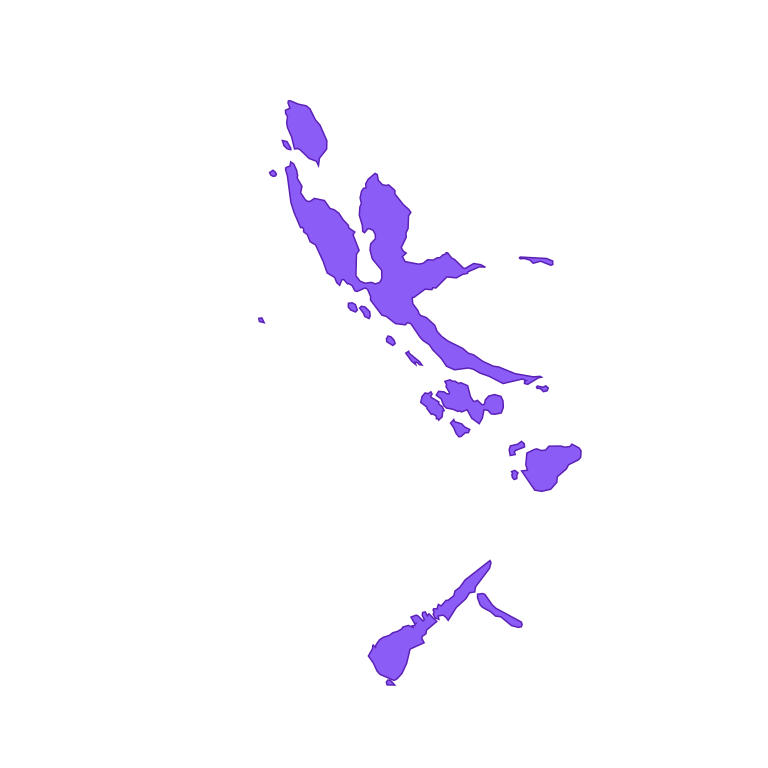 an SVG outline of Maluku Utara, rotated 316°
{"feature_id": "IDN-538", "entity_name": "Maluku Utara", "entity_type": "Province", "adm_level": 1, "iso_a3": "IDN", "parent_name": "Indonesia", "parent_adm1": "", "projection": "equal_earth", "projection_center": [127.364, 0.08], "detail": "fine", "context": "isolated", "style": "filled", "palette": "violet", "viewbox_px": 768, "rotation_deg": 316, "n_neighbors": 0, "source": "natural_earth", "source_scale": "10m", "svg_char_len": 6179}
<svg xmlns="http://www.w3.org/2000/svg" viewBox="0 0 768 768"><g transform="rotate(316 384 384)"><path d="M441.3,414.6L442.9,405.5L442.8,393.3L443.9,387.4L442.3,379.8L442.4,375.3L445.2,359.4L443.7,356.2L440.4,356.2L434.2,348.5L432.6,337.0L430.3,333.1L432.6,314.2L435.1,311.9L438.0,304.4L437.0,301.7L428.8,298.7L427.8,296.7L429.4,291.0L428.2,287.0L427.3,286.7L427.6,280.9L426.0,279.7L420.7,282.2L420.4,278.3L422.5,273.1L420.3,264.6L425.4,253.5L431.4,236.4L429.7,230.4L432.6,223.2L431.9,218.7L434.0,216.5L433.8,214.3L432.6,213.5L438.4,198.3L443.1,188.8L459.0,167.3L462.3,161.1L463.9,160.2L467.8,161.9L471.2,159.4L471.9,163.0L469.7,169.4L466.5,174.3L464.7,175.3L462.3,184.8L456.9,188.5L455.4,196.6L455.8,199.4L457.7,201.3L462.8,202.1L468.6,210.6L467.1,220.3L469.2,224.0L470.2,229.8L468.7,237.6L468.6,245.0L467.1,247.5L468.6,254.4L465.4,255.2L458.9,270.6L454.4,271.5L439.0,286.6L438.2,293.3L440.4,298.3L445.6,302.2L447.2,305.9L451.4,307.9L455.8,306.6L461.4,300.4L462.5,285.9L467.0,277.9L471.8,273.9L478.8,273.5L481.6,270.3L482.9,265.9L481.3,262.0L479.8,261.1L475.1,261.7L474.7,259.5L478.6,254.8L483.5,245.4L489.6,239.9L493.1,238.4L496.1,233.5L501.8,229.7L505.3,229.0L507.4,230.5L509.8,227.3L514.9,225.7L523.9,226.3L524.6,228.7L521.4,233.5L521.3,239.6L523.6,242.8L525.6,243.9L526.2,250.3L526.1,252.7L524.1,254.5L523.7,256.4L522.5,268.6L523.1,275.7L522.5,279.2L518.5,280.1L509.3,288.9L504.7,290.6L502.0,293.9L491.1,297.9L490.2,301.9L490.9,305.3L485.7,305.1L484.2,310.6L492.1,321.8L496.1,324.4L501.7,324.9L505.5,329.1L509.8,330.1L512.3,332.1L516.0,332.0L518.8,333.4L519.8,332.7L520.9,333.8L520.2,340.2L521.3,343.6L521.6,355.7L522.7,357.3L532.2,359.6L536.5,365.4L538.1,370.4L534.0,366.0L522.5,361.7L520.9,362.4L516.8,359.8L509.7,357.9L503.7,350.7L488.1,351.0L485.9,348.6L484.0,349.4L479.4,344.3L465.8,342.5L464.4,341.4L460.5,346.1L459.4,354.8L457.9,358.1L458.1,360.5L460.6,365.6L461.3,377.0L458.7,383.2L458.5,389.9L459.9,397.7L465.4,413.2L466.0,420.3L468.8,425.5L470.8,436.3L475.0,447.1L478.4,451.5L485.4,467.5L496.4,482.6L501.6,486.9L502.1,488.5L499.3,486.8L487.2,484.1L485.4,481.2L487.0,479.8L488.6,480.5L487.1,476.6L470.0,466.4L465.0,451.6L460.6,442.8L458.5,435.4L455.8,431.1L444.6,422.8L441.3,414.6ZM256.7,580.5L257.0,591.5L243.6,590.6L240.7,592.8L236.0,592.1L234.5,593.2L233.1,598.0L218.6,592.8L206.2,600.7L196.2,604.6L189.1,605.2L185.4,604.3L179.4,590.2L179.6,585.6L182.5,577.5L183.8,568.8L191.9,566.4L194.2,564.4L194.9,564.3L195.0,567.5L197.2,566.0L203.2,564.9L207.5,565.7L213.0,568.5L217.5,569.0L222.0,571.4L227.2,572.6L228.5,571.8L233.8,574.6L235.8,579.1L236.4,577.6L238.4,579.0L240.7,578.4L239.6,577.6L241.5,570.4L246.6,572.6L247.4,574.5L247.5,581.6L249.3,581.6L250.9,576.9L253.1,575.2L255.4,576.6L254.1,580.9L256.7,580.5ZM477.4,557.8L479.9,565.5L479.3,569.0L474.6,573.3L471.5,573.7L460.6,570.3L456.1,571.8L444.2,571.1L439.9,574.8L430.8,575.5L422.9,570.8L418.7,565.0L422.6,542.1L427.3,545.7L429.9,540.6L438.8,532.9L447.1,535.7L449.1,537.1L450.6,540.7L454.2,543.8L459.5,543.3L468.1,551.5L470.2,555.1L474.5,558.2L477.4,557.8ZM521.3,129.8L521.9,134.6L518.1,146.5L517.8,153.3L511.9,169.3L505.9,175.2L494.5,176.7L488.6,181.4L490.1,176.8L486.8,169.7L486.4,157.4L485.7,154.9L482.9,152.8L489.2,142.0L492.7,132.5L495.5,128.4L500.4,124.6L501.2,121.0L503.3,118.6L507.9,120.3L510.3,115.0L511.9,114.0L513.2,114.9L516.9,123.4L521.3,129.8ZM456.3,468.5L459.5,474.2L457.8,478.9L453.5,483.8L448.2,486.3L442.6,482.7L440.3,479.9L440.4,475.0L438.1,472.0L431.0,476.9L424.9,478.7L423.3,469.5L425.9,460.2L420.3,458.0L419.8,455.8L418.1,455.1L416.0,450.0L412.2,444.7L411.9,441.1L414.8,434.5L413.8,428.3L418.2,427.2L421.7,431.3L422.5,434.9L424.0,436.3L425.2,435.4L426.7,429.1L428.6,427.9L429.6,424.4L434.4,426.8L435.2,429.6L437.0,431.2L438.2,435.7L440.1,436.3L443.0,443.3L437.5,453.0L436.4,457.7L437.1,459.7L439.8,460.6L440.2,467.2L442.2,468.3L445.9,465.8L451.0,465.4L456.3,468.5ZM306.3,581.3L337.6,584.6L336.9,586.8L331.9,589.9L309.0,593.5L304.8,596.6L300.5,593.6L293.8,595.3L280.7,595.0L266.0,598.6L266.5,594.7L266.0,591.4L261.9,588.5L260.0,591.4L258.4,588.1L259.3,583.9L261.7,582.7L262.2,580.8L263.6,580.1L265.8,582.6L270.0,580.3L271.0,583.4L278.3,582.7L279.9,584.1L287.2,584.8L291.3,582.2L297.1,582.9L306.3,581.3ZM308.7,623.0L317.4,650.5L316.5,652.8L314.2,654.0L311.6,652.5L307.9,646.4L306.3,632.6L303.0,628.4L302.5,621.8L299.7,613.1L299.8,609.5L302.9,602.6L305.3,600.2L309.4,603.2L310.4,605.5L308.4,618.2L308.7,623.0ZM407.4,444.3L403.1,448.0L398.2,448.0L398.8,446.5L397.5,445.4L399.3,443.5L398.4,439.6L397.0,438.7L397.8,431.5L398.8,430.5L397.6,422.8L402.7,419.4L407.4,419.0L409.0,421.6L412.3,422.2L411.6,424.7L409.2,425.1L408.7,426.6L411.0,435.0L409.5,436.3L410.1,440.7L408.8,445.0L407.4,444.3ZM412.2,471.1L414.1,476.3L410.9,477.6L408.5,475.5L403.1,475.3L401.2,474.1L401.5,469.7L403.8,463.8L404.7,458.3L409.5,458.0L408.5,459.9L412.2,466.7L412.2,471.1ZM588.1,406.6L590.8,412.7L588.4,415.3L586.5,414.5L581.9,404.4L575.2,400.8L575.1,396.3L572.1,391.2L569.0,388.6L569.0,387.4L570.2,387.3L588.1,406.6ZM443.1,520.8L443.4,524.5L441.3,526.9L432.4,523.2L430.7,523.3L429.4,525.9L425.1,523.1L428.4,518.2L431.9,516.3L438.2,520.1L443.1,520.8ZM418.7,326.5L417.1,322.0L418.5,318.5L419.2,312.4L421.8,312.4L423.9,315.5L424.0,321.9L421.2,325.6L418.7,326.5ZM425.1,392.8L424.5,396.8L422.9,394.6L422.9,391.7L421.4,389.9L420.3,392.1L419.7,386.8L421.1,376.9L424.5,377.6L423.5,379.7L425.1,392.8ZM418.6,307.0L416.2,312.3L413.5,312.4L411.4,307.6L411.7,303.9L414.5,301.2L417.5,303.5L418.6,307.0ZM420.3,352.3L421.8,355.0L421.7,359.3L420.1,362.7L417.1,362.4L415.4,355.5L417.1,353.2L420.3,352.3ZM482.6,142.1L480.8,149.5L479.6,150.7L477.7,147.5L477.6,143.1L480.0,138.2L482.6,142.1ZM418.1,537.0L418.7,541.0L416.3,541.8L413.8,544.3L411.3,543.1L411.4,540.5L412.9,538.1L414.4,537.7L414.9,535.6L418.1,537.0ZM496.3,496.9L499.1,497.7L499.4,500.9L496.7,502.2L493.4,500.3L493.3,495.9L491.1,493.5L491.5,492.2L492.9,492.0L496.3,496.9ZM181.0,599.6L182.3,600.9L182.8,603.1L182.6,608.0L177.2,602.6L178.5,600.1L181.0,599.6ZM448.6,152.4L452.6,153.1L453.0,156.2L452.2,158.5L450.3,158.9L448.4,157.5L447.7,154.8L448.6,152.4ZM339.5,249.8L342.0,251.6L340.4,256.7L337.8,252.5L339.5,249.8Z" fill="#8b5cf6" stroke="#5b21b6" stroke-width="1.5"/></g></svg>